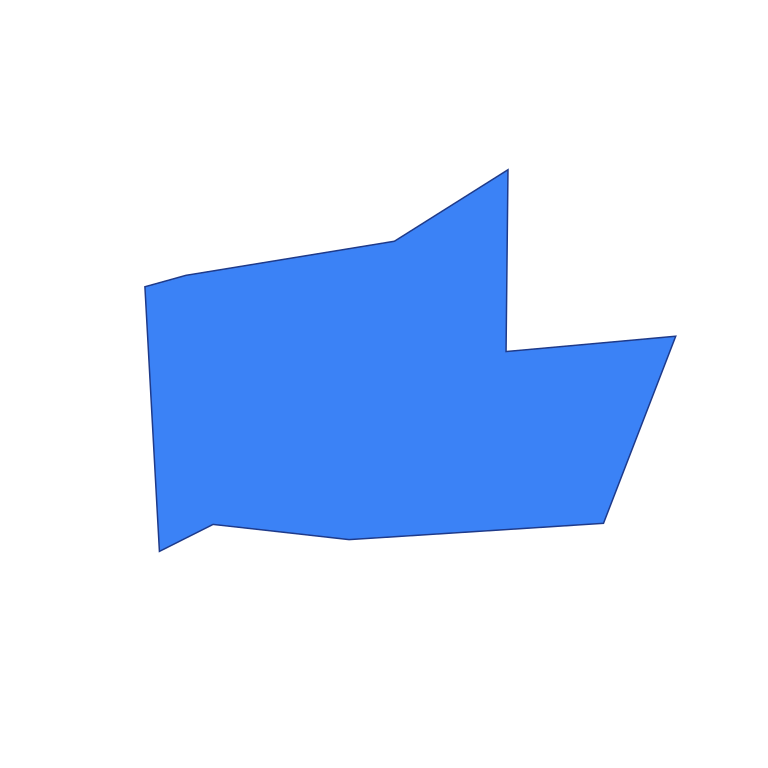 an SVG outline of Devonshire, rotated 205°
{"feature_id": "BMU-5136", "entity_name": "Devonshire", "entity_type": "state/province", "adm_level": 1, "iso_a3": "BMU", "parent_name": "Bermuda", "parent_adm1": "", "projection": "equal_earth", "projection_center": [-64.76, 32.301], "detail": "fine", "context": "isolated", "style": "filled", "palette": "blue", "viewbox_px": 768, "rotation_deg": 205, "n_neighbors": 0, "source": "natural_earth", "source_scale": "10m", "svg_char_len": 303}
<svg xmlns="http://www.w3.org/2000/svg" viewBox="0 0 768 768"><g transform="rotate(205 384 384)"><path d="M126.2,350.5L349.9,228.2L479.6,184.5L516.8,137.4L641.8,371.1L609.4,398.8L434.9,517.8L362.2,630.6L287.1,465.0L139.8,550.6L126.2,350.5Z" fill="#3b82f6" stroke="#1e3a8a" stroke-width="1.5"/></g></svg>